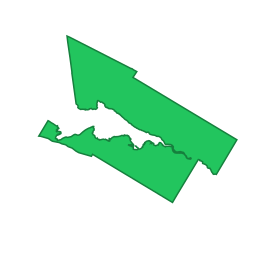 outline of Port Augusta, South Australia, Australia, rotated 121°
{"feature_id": "25037944B82439387593982", "entity_name": "Port Augusta", "entity_type": "district", "adm_level": 2, "iso_a3": "AUS", "parent_name": "Australia", "parent_adm1": "South Australia", "projection": "equal_earth", "projection_center": [137.816, -32.616], "detail": "fine", "context": "isolated", "style": "filled", "palette": "green", "viewbox_px": 256, "rotation_deg": 121, "n_neighbors": 0, "source": "geoboundaries", "source_scale": "gbopen_adm2", "svg_char_len": 5974}
<svg xmlns="http://www.w3.org/2000/svg" viewBox="0 0 256 256"><g transform="rotate(121 128 128)"><path d="M168.9,51.5L159.9,51.6L118.8,51.5L118.3,50.2L118.8,50.0L119.0,49.6L118.5,47.9L118.6,47.2L118.5,46.7L119.9,45.8L119.9,45.0L119.5,44.4L119.6,43.5L119.3,42.9L119.5,42.2L119.5,41.7L119.8,40.6L120.7,39.9L121.1,39.3L121.1,38.5L120.7,37.7L120.7,37.1L120.4,37.0L121.1,35.5L121.7,34.9L122.7,33.3L123.1,32.1L123.5,31.6L123.6,31.2L123.5,30.5L122.7,29.7L122.4,29.1L122.3,28.4L82.0,28.6L82.1,149.8L75.1,149.5L75.3,153.2L75.1,155.2L75.5,156.3L80.2,224.5L80.6,227.6L85.5,223.8L97.6,213.9L109.4,204.5L109.7,204.5L133.9,185.0L134.2,184.5L134.2,183.4L134.5,182.5L135.8,181.6L136.2,181.6L136.4,181.3L136.4,180.9L136.6,180.5L136.5,178.2L136.0,177.8L135.8,177.1L135.4,176.8L134.9,175.9L134.3,173.5L133.8,173.3L133.7,173.5L133.4,172.3L132.5,171.2L132.1,170.9L131.5,171.0L130.7,170.2L130.6,169.6L130.1,169.4L130.3,167.9L129.9,167.4L129.3,167.1L129.0,166.6L128.9,165.7L128.6,165.3L127.7,164.8L126.3,164.7L126.0,165.1L125.8,165.8L124.8,166.3L124.3,166.2L123.9,166.8L123.6,166.8L123.3,167.3L121.3,167.7L120.9,168.1L120.2,168.1L119.9,167.9L119.8,167.2L120.0,164.8L119.5,164.4L119.3,163.9L119.3,162.6L119.5,162.2L119.4,161.9L119.5,161.3L119.4,161.0L119.8,159.9L120.5,159.6L120.9,159.0L121.2,158.8L121.6,157.8L121.4,157.5L121.5,156.8L121.1,156.5L121.1,155.7L121.4,155.2L121.3,154.5L121.0,154.0L120.9,153.5L120.2,152.6L120.3,152.3L119.8,151.6L119.8,150.5L119.6,149.9L119.7,149.2L120.3,148.5L120.1,147.4L120.9,145.2L120.8,144.7L120.4,144.3L120.7,143.4L120.4,142.6L120.6,142.3L120.5,141.8L120.9,141.2L120.9,140.5L121.3,139.4L121.2,139.0L121.5,138.4L121.6,137.0L121.9,136.3L122.1,135.3L122.2,134.2L122.1,133.5L122.3,131.9L123.1,130.0L122.8,127.3L123.3,126.6L123.3,125.5L123.6,123.8L123.6,122.9L123.7,122.5L123.5,121.6L123.7,120.5L123.5,120.1L123.5,117.3L123.1,116.3L122.9,115.7L123.0,114.9L122.6,113.6L122.6,112.9L122.4,112.1L122.5,111.4L122.3,111.1L122.5,110.0L121.6,109.3L121.5,108.9L121.1,108.3L121.3,107.6L121.8,106.9L122.0,106.4L121.9,105.3L121.4,103.5L120.8,102.1L120.4,101.0L120.3,99.0L119.4,97.4L119.3,96.7L119.3,95.1L119.7,94.1L120.5,92.9L120.8,90.9L121.2,90.1L122.4,88.4L122.8,87.4L122.5,86.8L122.1,86.5L121.7,85.9L120.4,83.4L120.1,82.7L120.1,81.1L120.5,80.1L120.6,79.6L121.1,79.3L121.5,79.9L121.9,79.2L122.3,79.0L122.2,78.8L123.1,77.8L123.0,77.6L123.6,76.1L123.6,74.3L123.9,74.2L123.8,73.8L123.4,73.6L121.8,71.7L121.0,70.5L120.9,69.4L120.4,68.2L120.5,67.4L120.7,67.1L121.0,67.1L121.2,66.7L121.0,66.4L121.6,65.5L122.1,63.4L123.2,62.3L123.4,62.0L123.3,61.1L123.0,60.4L121.3,58.9L121.4,58.6L121.8,58.2L122.4,58.3L123.0,59.4L123.6,61.4L123.2,62.8L122.1,64.2L121.7,65.8L121.3,66.9L122.0,69.3L122.1,69.6L122.7,70.3L123.8,72.3L124.4,73.1L124.9,74.6L125.1,74.8L125.1,76.1L124.7,77.4L123.9,78.5L123.2,78.9L123.0,79.3L121.9,80.2L121.4,80.5L121.4,81.3L122.0,81.9L122.1,82.3L121.9,82.5L122.8,83.9L124.5,86.3L124.9,86.3L125.1,89.4L124.6,89.4L123.8,92.4L124.1,93.3L124.8,93.6L125.7,93.4L126.2,93.6L126.9,93.3L127.3,93.9L129.0,95.1L129.0,96.1L129.3,96.6L129.2,97.0L128.9,97.6L128.0,98.0L128.1,99.5L129.1,99.6L128.9,100.1L129.1,100.3L128.2,100.1L127.9,100.8L128.2,101.7L128.4,101.8L128.2,102.4L127.8,102.6L128.1,103.6L128.9,104.2L129.1,104.7L130.0,105.4L131.4,105.8L131.9,105.6L132.0,106.1L132.5,105.9L133.1,106.1L133.6,105.6L133.9,106.1L134.3,106.4L134.6,106.3L134.9,105.8L136.5,106.1L136.8,106.0L136.9,105.6L139.1,106.4L140.1,107.2L140.8,108.4L141.6,108.7L142.1,109.4L143.2,111.6L143.5,112.5L141.9,113.5L141.9,115.7L142.4,118.1L142.3,118.8L142.0,118.8L141.9,118.4L140.5,116.4L140.4,115.7L140.6,115.2L140.5,114.6L140.1,114.9L140.5,114.5L140.4,113.9L139.9,114.1L139.3,115.0L138.9,116.7L138.5,117.3L138.3,118.1L137.7,119.4L136.6,120.4L136.6,119.8L136.0,119.8L135.9,120.7L135.4,121.5L135.5,121.8L135.0,122.4L134.7,123.4L134.5,123.5L134.6,124.1L134.8,124.2L134.6,124.9L135.5,125.9L135.4,126.1L135.8,126.7L135.7,127.2L135.9,127.6L136.8,127.4L137.1,127.9L137.2,128.7L137.5,129.4L137.9,129.8L139.1,130.5L139.3,131.0L140.2,131.8L141.4,133.4L141.5,133.8L142.3,134.6L142.4,135.5L143.2,135.8L144.1,136.6L146.2,137.0L146.5,138.0L146.4,138.3L146.7,138.7L147.8,138.2L148.0,137.7L147.9,137.2L148.6,137.0L149.0,137.3L149.2,137.7L149.0,138.3L149.3,138.7L149.2,139.1L149.0,139.6L149.2,139.9L149.1,140.0L149.2,140.8L149.3,140.8L149.2,141.5L149.6,141.7L150.1,142.5L150.2,143.3L150.5,143.7L153.0,146.3L152.7,147.1L153.0,147.2L153.1,148.2L153.0,148.7L152.6,149.1L153.0,149.2L153.3,150.5L152.7,151.9L152.0,152.1L151.6,153.4L151.8,154.2L151.1,155.3L150.8,156.0L149.7,155.8L148.9,156.3L147.1,156.0L146.5,156.6L146.1,156.7L145.7,157.8L144.5,158.0L144.3,158.2L144.4,158.4L145.1,159.3L146.0,159.6L146.3,160.1L147.2,160.5L148.4,161.6L150.4,162.8L152.1,163.7L154.4,164.6L158.6,165.9L160.0,167.2L160.5,169.7L161.2,170.6L163.7,171.9L164.4,172.0L166.9,174.6L167.5,175.5L167.5,176.2L168.1,177.0L170.7,178.8L172.6,179.5L174.3,181.4L174.9,181.9L174.8,182.5L174.2,182.7L173.9,183.3L174.4,184.7L172.7,185.4L170.7,185.3L170.6,184.9L169.8,184.2L169.5,184.6L169.3,184.2L169.1,184.4L168.6,183.9L167.8,183.7L168.3,183.2L167.5,182.7L167.1,182.7L166.5,183.1L166.0,183.7L166.1,184.4L167.0,186.3L167.4,185.9L167.2,186.5L166.9,186.7L167.0,186.9L167.5,187.1L167.2,187.3L167.3,187.6L167.9,187.5L168.2,187.3L168.4,187.3L168.2,187.3L168.0,187.5L167.4,187.8L167.1,187.2L166.7,187.2L166.2,187.7L166.1,187.9L166.1,188.5L165.9,188.9L166.1,187.7L165.2,187.7L164.4,187.1L163.9,187.1L163.7,187.9L164.0,188.1L164.0,188.3L163.4,188.4L163.4,189.1L163.2,189.2L163.1,189.4L162.8,189.4L162.5,189.6L163.0,189.9L163.1,191.5L162.9,194.4L163.0,196.6L162.8,198.8L162.9,200.3L180.9,200.3L180.1,198.6L178.1,191.0L178.1,190.2L178.3,186.9L178.2,185.8L175.9,179.4L175.6,176.4L174.6,173.2L174.5,172.3L174.8,169.8L174.0,165.5L174.6,160.8L174.5,157.5L171.1,144.8L168.8,144.8L168.9,51.5ZM139.9,110.5L139.4,111.7L139.5,112.2L139.9,112.6L139.5,111.9L139.6,111.4L140.0,110.6L140.1,109.4L140.0,109.0L139.8,109.6L139.9,110.5Z" fill="#22c55e" stroke="#15803d" stroke-width="1.5"/></g></svg>